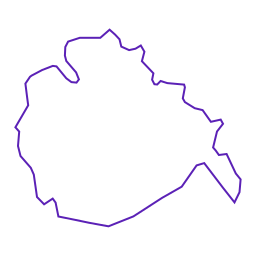 the district of Nde, Ouest, Cameroon
{"feature_id": "32672807B46712188555835", "entity_name": "Nde", "entity_type": "district", "adm_level": 2, "iso_a3": "CMR", "parent_name": "Cameroon", "parent_adm1": "Ouest", "projection": "natural_earth1", "projection_center": [10.622, 5.088], "detail": "fine", "context": "isolated", "style": "outline", "palette": "violet", "viewbox_px": 256, "rotation_deg": 0, "n_neighbors": 0, "source": "geoboundaries", "source_scale": "gbopen_adm2", "svg_char_len": 947}
<svg xmlns="http://www.w3.org/2000/svg" viewBox="0 0 256 256"><path d="M234.5,202.4L239.5,192.2L240.6,179.4L235.8,173.5L226.6,154.0L218.9,155.0L215.7,150.5L213.1,147.5L217.0,131.5L223.0,123.8L220.7,119.6L210.9,121.8L202.6,110.1L194.7,108.2L184.9,102.1L182.8,98.4L184.9,87.3L184.1,84.6L167.3,83.1L160.6,81.0L157.2,84.5L154.4,84.2L152.1,79.7L153.4,73.3L141.9,61.2L144.4,51.7L140.8,45.5L135.5,48.7L129.1,50.1L121.3,46.6L119.5,39.3L115.2,34.7L109.6,29.7L100.3,37.8L79.8,37.8L68.1,41.6L65.3,47.0L64.9,55.6L66.3,61.0L76.1,72.4L78.9,79.4L76.5,82.6L71.4,82.1L66.3,78.3L56.5,66.4L52.8,65.9L42.2,70.0L31.6,75.6L30.0,76.8L25.4,83.6L27.2,97.9L28.2,105.3L15.4,127.3L19.2,131.6L18.0,146.0L20.5,156.0L30.8,167.8L33.8,174.6L37.0,197.0L44.1,204.3L52.7,198.6L55.6,202.6L58.4,216.5L64.9,217.8L75.8,220.0L89.2,222.8L108.5,226.3L133.4,216.4L162.2,197.8L181.7,186.7L196.6,165.4L204.2,163.1L223.0,187.8L234.5,202.4Z" fill="none" stroke="#5b21b6" stroke-width="2"/></svg>